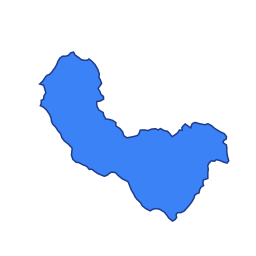 the district of Mairinque, São Paulo, Brazil, rotated 132°
{"feature_id": "56859067B61135260351359", "entity_name": "Mairinque", "entity_type": "district", "adm_level": 2, "iso_a3": "BRA", "parent_name": "Brazil", "parent_adm1": "São Paulo", "projection": "equal_earth", "projection_center": [-47.236, -23.519], "detail": "fine", "context": "isolated", "style": "filled", "palette": "blue", "viewbox_px": 256, "rotation_deg": 132, "n_neighbors": 0, "source": "geoboundaries", "source_scale": "gbopen_adm2", "svg_char_len": 2261}
<svg xmlns="http://www.w3.org/2000/svg" viewBox="0 0 256 256"><g transform="rotate(132 128 128)"><path d="M102.8,203.2L105.0,203.6L107.4,206.5L108.5,208.7L108.6,211.7L109.2,216.1L108.0,219.2L110.3,220.8L113.9,220.9L116.4,222.4L118.3,224.6L121.5,225.4L124.5,224.9L129.1,223.3L132.2,222.6L134.7,222.4L137.2,222.0L140.4,222.2L142.8,223.3L144.9,223.5L150.5,222.7L154.4,223.1L152.7,219.2L154.6,216.1L156.8,212.6L160.5,211.9L163.1,210.0L165.5,211.0L167.7,209.0L170.1,208.1L169.2,205.2L169.1,200.8L170.3,195.8L171.9,192.1L174.2,189.3L175.5,186.5L175.8,182.1L176.9,178.2L177.4,174.1L179.4,170.8L180.2,166.9L179.9,161.4L180.4,156.0L182.9,154.1L186.1,151.8L188.2,147.9L188.2,143.7L186.5,141.1L185.7,137.5L184.1,133.0L184.7,129.0L182.8,127.3L182.6,124.0L182.1,119.9L180.8,116.3L179.7,113.3L177.1,111.9L174.8,111.6L171.9,110.8L169.5,107.5L169.9,103.5L169.6,98.2L168.6,94.9L167.9,92.0L169.7,88.3L171.7,84.4L173.2,79.7L174.5,76.4L175.0,73.5L175.1,68.7L176.3,65.3L176.0,60.7L174.7,56.0L172.1,55.3L169.6,53.7L167.3,50.4L166.2,44.7L166.9,40.3L167.6,37.6L167.4,32.7L164.9,31.8L162.1,31.9L160.1,34.4L157.8,34.5L155.3,31.9L151.7,30.6L149.3,30.7L146.9,30.7L143.7,30.8L140.5,31.1L138.0,31.6L135.6,32.2L133.5,33.4L131.2,33.1L128.7,31.8L125.6,33.6L123.0,34.2L120.2,33.3L118.6,35.7L116.1,37.2L112.1,34.9L107.3,39.2L105.1,40.6L102.7,43.5L99.8,44.3L96.8,44.1L94.7,41.4L92.4,41.2L90.5,37.6L89.2,33.7L87.8,30.9L85.0,31.2L82.4,35.2L80.5,37.6L79.0,39.3L76.8,41.1L74.8,43.5L75.2,47.6L73.2,48.5L70.5,47.6L68.5,49.0L67.8,52.7L69.2,57.2L70.3,63.2L70.4,67.8L71.4,71.5L74.1,73.0L76.6,77.1L79.0,81.9L81.7,83.1L83.8,82.5L85.9,81.4L86.4,85.1L86.7,88.2L89.1,88.4L91.7,88.2L93.5,86.2L95.0,88.4L98.1,87.9L101.2,88.4L105.0,89.5L104.2,93.3L104.0,96.6L105.6,99.0L106.7,103.5L109.3,104.3L110.1,107.1L113.1,109.8L116.6,111.5L118.5,114.6L121.4,117.5L125.3,115.9L127.5,116.1L130.1,117.8L133.0,119.9L136.0,122.3L136.5,126.0L134.4,129.5L133.8,133.6L134.6,138.4L132.1,140.6L132.7,144.7L134.1,147.6L136.2,150.7L134.7,154.7L133.1,156.8L134.1,161.6L132.9,165.0L131.2,167.3L129.1,168.9L126.6,166.7L122.9,165.4L121.0,167.4L121.1,170.6L119.6,173.6L118.6,176.7L112.6,177.4L110.8,180.7L109.8,183.5L107.0,185.5L104.5,190.0L102.9,195.1L102.6,199.4L102.8,203.2Z" fill="#3b82f6" stroke="#1e3a8a" stroke-width="1.5"/></g></svg>